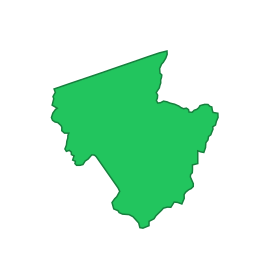 the district of Cerro Grande do Sul, Rio Grande do Sul, Brazil, rotated 24°
{"feature_id": "56859067B43846706170936", "entity_name": "Cerro Grande do Sul", "entity_type": "district", "adm_level": 2, "iso_a3": "BRA", "parent_name": "Brazil", "parent_adm1": "Rio Grande do Sul", "projection": "albers", "projection_center": [-51.747, -30.579], "detail": "fine", "context": "isolated", "style": "filled", "palette": "green", "viewbox_px": 256, "rotation_deg": 24, "n_neighbors": 0, "source": "geoboundaries", "source_scale": "gbopen_adm2", "svg_char_len": 1815}
<svg xmlns="http://www.w3.org/2000/svg" viewBox="0 0 256 256"><g transform="rotate(24 128 128)"><path d="M44.6,122.4L47.1,125.0L46.7,129.8L48.3,131.5L49.4,138.0L55.3,138.7L54.2,140.6L53.3,144.9L53.8,149.6L55.9,151.6L58.8,152.2L61.7,151.6L65.8,153.0L67.3,154.3L68.6,157.4L72.0,158.5L76.0,156.8L76.1,159.2L77.1,161.7L77.5,164.9L78.7,168.7L78.9,172.8L81.2,174.4L83.5,172.3L86.0,173.1L87.1,175.3L90.0,175.4L90.5,179.8L93.5,179.8L94.0,182.1L96.2,183.0L99.5,181.5L101.7,179.7L102.3,175.6L104.2,172.6L105.8,167.3L108.3,166.4L110.5,167.0L143.2,186.7L146.2,189.2L145.7,195.3L144.6,198.1L143.7,202.6L147.9,207.7L152.5,207.6L154.3,208.9L158.0,208.9L164.2,206.7L168.7,207.0L176.4,210.4L179.4,214.2L182.4,213.4L186.9,208.7L185.2,204.7L187.4,202.0L188.7,200.3L189.2,196.8L192.1,189.5L192.9,186.9L196.2,184.2L199.4,183.0L200.3,176.9L203.6,175.8L208.1,175.5L208.0,169.5L206.3,166.0L206.8,163.2L208.5,159.8L210.3,157.7L211.4,154.9L210.3,152.3L204.9,147.4L204.1,145.1L204.9,142.7L203.8,139.7L201.9,135.5L206.2,132.1L201.0,120.5L204.2,120.2L207.2,119.5L206.8,114.4L205.1,109.8L205.9,106.4L205.0,103.0L206.4,100.5L206.2,97.4L206.1,94.5L204.9,92.5L206.7,89.7L206.0,86.0L206.0,81.8L204.1,78.0L201.3,78.7L199.4,79.2L197.8,77.5L196.0,74.7L193.9,74.9L191.5,74.0L188.5,75.2L186.3,76.9L184.7,78.3L184.4,80.8L183.2,83.1L181.3,84.8L180.2,87.6L177.3,88.6L175.8,86.6L173.3,86.1L170.9,87.8L168.1,87.8L165.6,87.3L163.1,87.3L160.9,87.3L158.4,87.8L155.9,88.2L153.1,88.2L149.5,89.0L147.4,91.7L145.0,93.1L142.7,91.3L142.7,88.8L141.7,85.9L139.4,84.2L139.7,82.0L140.3,78.6L139.8,76.2L139.6,73.6L138.3,70.8L138.0,68.1L137.3,65.8L134.9,64.9L132.7,60.8L132.7,55.9L133.5,53.5L134.1,48.8L133.8,44.8L132.3,41.8L126.0,46.7L117.5,54.5L102.7,68.4L95.8,74.8L89.6,80.6L78.7,90.8L56.7,111.1L44.6,122.4Z" fill="#22c55e" stroke="#15803d" stroke-width="1.5"/></g></svg>